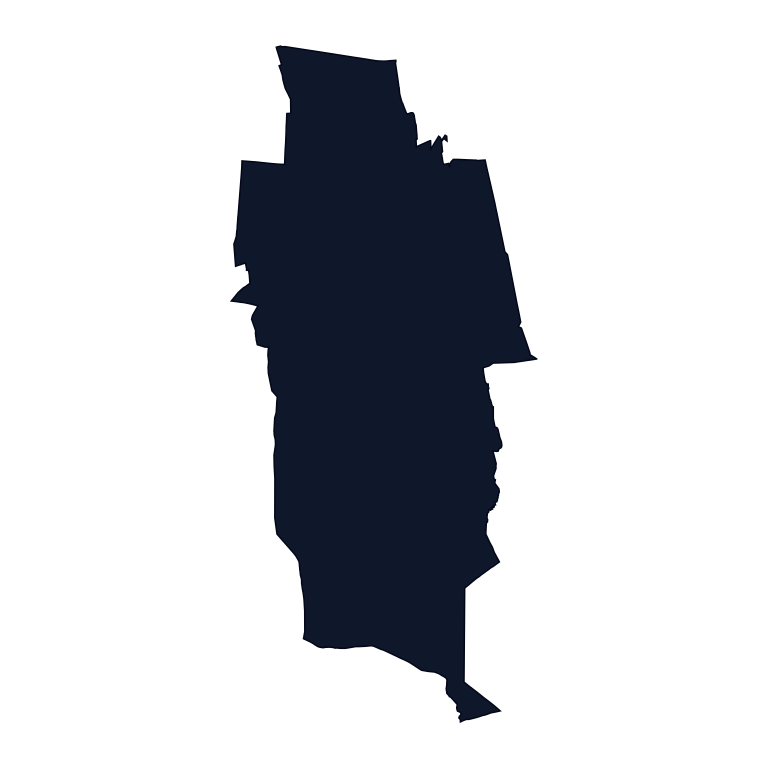 outline of Corregidora, Querétaro, Mexico
{"feature_id": "50627088B75121451396907", "entity_name": "Corregidora", "entity_type": "district", "adm_level": 2, "iso_a3": "MEX", "parent_name": "Mexico", "parent_adm1": "Querétaro", "projection": "equal_earth", "projection_center": [-100.431, 20.478], "detail": "fine", "context": "isolated", "style": "filled", "palette": "ink", "viewbox_px": 768, "rotation_deg": 0, "n_neighbors": 0, "source": "geoboundaries", "source_scale": "gbopen_adm2", "svg_char_len": 5914}
<svg xmlns="http://www.w3.org/2000/svg" viewBox="0 0 768 768"><path d="M317.4,646.3L318.5,646.8L319.9,647.2L321.6,647.5L323.4,647.7L324.7,647.4L325.7,647.3L329.0,647.1L333.4,647.5L334.9,648.1L335.8,648.0L337.0,648.0L340.4,648.3L342.3,648.3L345.3,648.3L348.1,647.9L349.1,647.7L355.6,646.6L358.6,646.6L362.3,646.4L365.0,646.3L370.1,645.8L372.0,645.8L373.8,646.2L380.7,649.2L383.3,650.0L396.1,656.0L399.8,657.8L400.4,658.1L404.9,660.1L409.5,662.4L420.6,669.7L421.8,670.3L424.1,670.7L428.2,671.4L434.4,672.0L438.3,673.4L440.2,674.4L441.5,675.3L443.7,676.5L446.0,678.0L446.4,678.8L446.7,678.9L446.8,679.4L447.0,679.9L446.7,685.6L446.2,688.7L446.9,693.4L447.7,694.3L448.8,695.4L449.4,696.7L450.5,696.9L456.8,703.9L457.3,705.0L456.7,707.2L456.8,708.8L457.5,711.1L459.5,711.9L460.5,712.5L460.9,713.4L461.0,714.5L460.5,715.4L459.6,716.0L459.0,717.2L459.0,718.2L460.3,719.4L460.3,720.0L460.4,721.9L463.6,720.4L466.4,719.4L468.5,719.4L470.9,718.9L476.3,717.5L479.6,716.5L482.4,715.5L484.8,715.0L486.2,714.6L491.1,712.8L495.8,711.9L497.7,711.5L500.2,710.9L493.8,705.4L491.0,703.2L489.2,701.8L483.8,697.7L476.5,691.8L476.2,691.6L468.1,685.4L467.7,685.1L465.7,683.4L464.0,682.1L464.7,588.0L467.5,585.8L471.5,582.4L474.7,579.8L475.9,578.8L476.4,578.4L479.4,576.4L480.6,575.3L491.7,567.2L492.4,566.9L492.9,566.6L493.1,566.5L496.2,564.2L499.4,561.9L494.2,552.3L492.4,547.3L489.8,542.6L485.8,534.0L486.3,523.2L487.5,521.8L487.6,519.5L486.9,517.8L487.4,513.4L488.8,511.8L488.6,509.8L490.7,510.2L490.8,509.2L492.2,509.2L491.4,507.9L492.5,506.6L492.8,507.8L493.9,507.4L494.5,504.9L495.5,504.9L494.9,502.5L494.9,502.2L496.8,501.8L497.4,499.8L497.5,499.3L497.6,498.5L498.1,497.3L498.0,495.6L498.4,495.4L498.3,494.4L498.7,493.5L499.3,491.9L498.9,488.8L494.7,483.1L495.4,479.8L494.0,478.8L493.5,475.8L496.0,468.5L495.9,465.8L496.2,463.7L492.9,450.9L496.6,451.4L498.1,451.2L499.0,448.9L501.1,447.7L501.7,446.5L501.8,445.0L501.5,442.3L501.1,441.0L499.6,437.1L499.4,435.6L497.9,429.2L497.1,427.8L495.8,427.2L495.0,427.1L493.4,419.1L493.3,418.0L493.3,406.9L492.5,406.9L491.9,405.1L490.6,400.2L490.4,399.8L490.0,399.7L488.2,390.8L488.1,390.4L488.0,390.0L488.8,388.7L488.3,386.3L488.2,384.0L487.8,384.0L487.4,384.0L486.5,383.8L486.0,383.1L485.4,382.0L485.0,381.1L483.8,374.1L483.5,372.8L483.5,371.7L483.4,370.8L483.3,370.2L483.2,369.4L483.2,368.6L483.0,367.8L489.3,365.8L493.0,363.1L514.0,362.4L536.7,359.0L536.7,358.9L529.8,354.5L530.0,353.3L526.8,343.7L521.4,328.1L518.4,326.7L520.7,322.1L520.5,321.1L518.8,312.5L518.8,312.4L517.7,307.0L517.6,306.7L516.7,302.2L516.0,298.4L515.2,294.4L507.5,254.7L504.9,251.8L495.4,206.0L494.9,203.4L491.2,187.2L490.9,185.8L489.9,181.5L489.7,180.8L489.0,177.6L486.8,168.1L485.1,160.0L480.9,160.3L476.9,160.6L476.7,160.2L471.5,160.0L466.3,159.8L457.5,159.4L455.5,159.4L453.3,159.4L451.5,161.3L450.9,162.1L450.4,163.5L449.8,165.1L449.5,166.0L449.1,165.0L448.8,163.4L444.1,164.4L443.9,164.2L443.6,163.9L443.4,163.6L443.3,163.4L443.2,163.1L443.0,162.7L442.2,158.2L442.3,158.2L441.4,153.3L441.4,153.2L441.5,153.0L441.5,152.9L441.8,152.5L441.9,152.4L442.1,152.2L442.2,151.9L442.3,151.8L442.5,151.6L441.8,144.3L441.6,142.7L441.5,141.6L443.8,138.4L445.7,140.0L447.0,141.0L446.9,139.4L446.8,137.7L446.7,136.2L446.0,135.8L445.1,135.2L444.3,136.4L444.0,136.9L443.1,138.2L441.9,139.8L441.6,140.2L440.0,137.2L438.7,136.2L434.2,143.5L433.2,145.2L432.7,146.1L430.9,148.9L430.6,140.7L430.4,140.6L428.6,141.3L421.2,144.6L416.5,146.8L416.3,144.7L416.1,141.4L416.1,139.3L417.0,139.2L417.1,138.7L416.9,136.5L417.0,136.1L416.8,134.0L416.6,132.3L416.5,130.8L416.4,129.3L416.3,127.9L416.1,125.3L415.8,124.1L415.7,124.1L415.3,123.1L415.1,121.8L415.0,120.7L414.8,119.5L414.6,118.4L414.4,117.3L414.3,116.1L414.1,115.0L413.6,113.9L413.4,113.4L412.7,112.8L411.3,112.7L410.5,112.9L410.4,112.9L408.4,113.7L407.5,113.8L406.7,113.5L406.3,113.0L405.9,111.9L403.8,106.5L402.6,103.2L402.3,103.1L401.6,101.1L401.3,99.8L400.9,98.7L399.8,94.3L399.7,94.2L399.1,87.6L398.9,87.1L398.4,83.3L397.7,78.2L395.8,65.4L395.6,64.1L395.5,63.3L395.5,62.7L395.7,62.2L395.8,61.8L395.9,61.4L395.8,60.3L393.5,60.5L391.4,60.6L387.3,61.0L383.9,61.2L382.0,61.1L379.2,61.0L377.6,60.9L375.1,60.6L341.8,55.4L296.0,48.3L286.3,46.8L285.7,46.7L284.2,46.7L282.2,46.7L281.9,46.7L281.6,46.7L281.4,46.6L281.1,46.4L280.9,46.2L280.6,46.1L276.3,47.2L276.5,48.2L281.0,62.8L281.5,64.4L281.6,64.7L279.1,65.8L280.7,70.2L282.3,75.0L283.0,79.9L284.3,85.0L285.3,88.4L287.3,92.5L287.8,93.3L290.6,99.3L290.8,113.3L286.9,113.5L286.7,115.4L286.7,116.6L286.5,121.7L286.5,121.8L286.2,126.6L286.1,131.8L285.9,137.2L285.9,137.3L285.6,143.9L285.2,149.7L284.9,156.9L284.9,157.1L284.6,164.4L281.2,164.3L276.1,164.0L270.6,163.5L261.1,162.5L256.4,162.0L242.0,160.9L241.8,167.3L241.3,174.8L238.4,211.8L238.2,214.6L238.0,215.9L237.3,225.5L237.2,227.2L237.2,228.2L237.0,230.2L236.9,230.3L236.7,232.1L236.4,235.5L236.4,236.2L236.3,236.6L235.2,240.2L233.9,244.1L235.6,266.3L238.1,265.4L240.4,264.7L242.0,264.1L243.7,263.6L245.5,263.0L246.6,269.0L246.5,270.3L248.6,270.3L249.3,275.0L249.9,283.1L249.9,283.4L248.0,284.7L245.7,286.5L243.4,287.8L240.9,290.0L238.4,292.3L236.6,294.5L231.3,301.0L236.4,301.6L238.4,301.9L241.0,302.3L243.4,302.5L249.0,303.6L252.4,304.4L255.1,305.1L258.0,305.9L252.5,315.5L251.6,319.2L255.7,330.8L255.5,331.9L255.5,333.8L255.7,335.1L255.9,336.1L255.7,336.2L256.1,337.8L256.1,339.1L257.3,344.7L265.0,347.1L266.1,347.0L268.7,347.5L268.2,350.0L267.9,355.3L268.6,361.7L268.1,367.4L268.4,373.5L270.1,381.8L271.9,390.7L277.3,396.9L276.7,403.2L276.7,404.2L276.2,412.7L274.7,418.0L274.0,430.9L274.3,435.4L275.3,439.6L275.5,443.7L275.4,445.6L274.0,455.0L274.2,466.0L274.9,478.7L274.8,518.0L277.0,534.1L294.0,553.5L296.1,556.3L298.1,559.8L299.0,561.6L299.3,563.6L299.7,568.5L300.1,571.6L300.4,574.8L301.6,579.7L301.6,582.9L302.3,588.2L303.2,593.1L304.0,599.1L304.7,610.9L304.8,631.6L303.5,638.7L310.1,641.8L311.9,642.8L317.4,646.3Z" fill="#0f172a" stroke="#020617" stroke-width="1.5"/></svg>